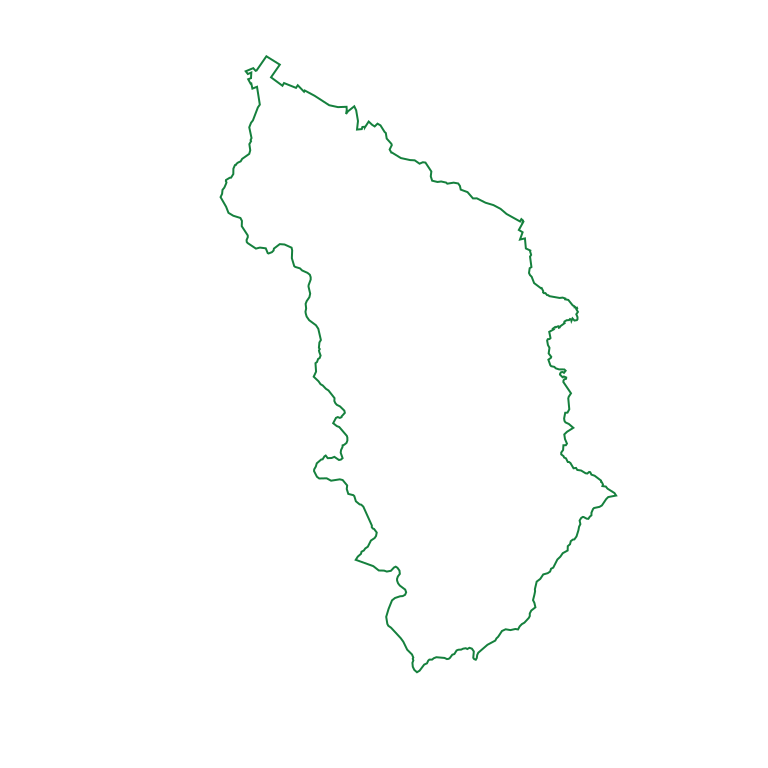 Zagon, Covasna, Romania (Natural Earth projection), rotated 25°
{"feature_id": "2599482B29194502926702", "entity_name": "Zagon", "entity_type": "district", "adm_level": 2, "iso_a3": "ROU", "parent_name": "Romania", "parent_adm1": "Covasna", "projection": "natural_earth1", "projection_center": [26.202, 45.704], "detail": "fine", "context": "isolated", "style": "outline", "palette": "green", "viewbox_px": 768, "rotation_deg": 25, "n_neighbors": 0, "source": "geoboundaries", "source_scale": "gbopen_adm2", "svg_char_len": 6153}
<svg xmlns="http://www.w3.org/2000/svg" viewBox="0 0 768 768"><g transform="rotate(25 384 384)"><path d="M354.5,441.0L359.0,442.1L361.6,441.9L372.2,446.7L373.4,448.0L374.7,450.7L374.9,453.3L373.6,455.9L372.4,457.1L373.0,458.4L373.0,462.1L373.8,464.6L377.8,468.7L376.9,470.7L375.3,471.9L369.8,471.0L367.8,473.2L364.3,475.0L361.4,473.5L360.6,474.8L360.2,478.2L359.0,479.0L356.6,484.3L357.1,487.7L356.8,490.8L357.4,492.5L362.4,496.4L365.2,497.0L371.9,493.7L376.9,494.0L384.2,489.1L387.1,488.5L393.5,491.5L394.6,494.9L398.1,498.7L403.2,497.7L404.5,498.2L408.1,502.2L412.8,503.4L414.4,503.0L417.1,503.9L432.8,517.4L433.4,518.9L434.9,519.7L436.3,519.6L440.2,521.7L441.0,525.1L440.6,527.6L438.3,531.4L438.1,538.3L436.5,541.0L436.1,543.4L434.5,545.5L434.9,547.7L433.2,551.5L432.7,555.3L451.3,553.6L458.1,555.2L462.9,553.1L465.8,552.8L469.2,550.4L470.6,546.1L471.8,544.6L473.9,544.9L476.9,546.6L478.6,549.4L477.9,552.6L478.2,555.2L479.0,556.7L481.0,558.7L483.5,560.0L490.1,561.4L492.1,563.4L492.2,566.1L490.6,568.3L488.3,569.6L484.4,573.3L482.7,576.7L483.2,585.9L484.4,594.1L488.4,600.0L490.1,601.3L493.4,601.9L506.6,607.3L510.4,609.4L517.3,615.0L523.7,617.3L526.2,619.6L526.2,620.9L527.4,622.1L527.6,624.7L529.6,628.1L532.3,630.3L535.7,631.3L537.4,628.8L539.0,621.3L541.0,619.0L541.0,616.0L541.6,614.6L544.1,613.4L545.0,611.5L546.9,609.5L554.6,606.7L557.3,606.7L558.8,605.7L559.5,604.4L560.3,600.5L561.9,599.0L562.4,594.8L563.7,593.4L566.2,592.1L567.6,590.4L569.8,588.9L571.5,589.0L572.9,587.0L575.5,586.7L578.4,588.4L580.6,594.4L582.0,595.2L583.7,595.1L583.9,593.2L583.0,590.2L583.0,587.7L588.0,576.6L593.3,569.5L593.4,567.1L594.3,564.8L595.3,558.0L597.9,554.9L602.6,553.6L606.6,550.5L609.2,549.8L609.4,546.3L610.4,543.4L612.1,541.0L614.1,534.8L614.2,532.7L613.1,530.4L613.2,527.1L615.6,522.4L612.8,518.8L610.4,516.9L609.4,511.6L608.5,507.9L607.5,506.3L605.9,498.6L608.0,494.6L608.8,489.3L612.3,486.3L613.8,483.8L613.5,480.8L615.0,478.9L615.3,469.8L616.8,466.0L617.5,461.8L620.8,457.3L619.1,453.3L620.3,450.6L619.7,447.5L620.9,445.2L622.2,444.4L622.9,440.8L622.0,434.3L621.1,430.9L621.2,428.0L619.0,425.1L619.3,422.2L620.3,420.5L621.1,420.2L624.6,420.4L626.2,419.8L626.6,417.2L627.5,415.4L626.4,412.9L626.3,408.9L626.8,407.6L631.2,404.3L632.8,402.0L634.0,394.4L635.0,391.7L641.5,387.0L638.9,385.4L630.8,384.4L628.4,383.2L625.1,384.2L624.9,382.5L622.9,380.9L622.1,381.0L621.5,379.8L613.6,378.1L610.3,378.5L608.2,376.8L607.1,377.0L606.1,379.2L604.4,379.7L599.2,379.1L595.5,380.2L593.5,378.9L591.4,380.3L586.3,376.8L584.6,376.5L583.5,377.0L580.4,374.5L578.3,374.5L577.2,373.5L574.4,372.9L573.6,371.2L574.2,368.1L572.5,363.7L574.7,362.6L575.0,360.7L571.3,357.4L568.7,353.5L570.1,349.9L574.1,343.7L568.4,342.1L564.7,342.1L563.2,341.2L561.8,339.1L560.4,333.5L562.4,332.4L562.6,328.6L557.1,319.2L556.8,317.5L557.4,313.4L545.7,306.4L545.2,304.9L545.4,303.6L546.8,302.3L546.4,301.1L543.9,301.2L543.0,302.4L539.5,301.1L539.2,300.0L539.6,298.4L540.9,297.6L542.4,297.8L543.0,295.2L541.3,294.6L536.4,296.8L533.1,297.2L531.1,296.5L528.0,297.2L526.8,296.7L522.7,292.5L524.2,289.7L524.1,288.7L520.3,286.7L518.7,281.3L516.1,279.4L513.5,275.7L513.5,274.2L515.0,273.3L515.5,272.0L511.7,266.9L514.7,262.8L513.7,262.4L515.0,260.1L515.4,260.3L517.5,258.0L518.3,258.1L518.8,259.0L519.3,258.5L519.4,257.1L522.0,252.5L521.2,251.9L521.2,251.0L522.6,249.0L524.7,247.9L525.1,246.5L526.3,246.5L527.2,247.6L527.1,244.9L529.8,246.0L531.8,244.6L532.0,243.6L531.1,241.6L528.8,239.5L529.3,236.7L526.9,235.1L527.2,233.9L526.7,233.4L526.1,234.3L525.0,233.5L524.3,234.0L523.6,233.1L521.8,233.0L515.5,229.9L512.4,230.7L512.2,229.9L509.4,230.2L506.8,231.8L496.7,234.5L495.5,234.1L494.2,234.5L491.9,233.4L490.5,234.1L489.4,233.7L489.1,232.6L486.3,230.4L485.8,230.9L477.4,229.1L472.5,224.4L470.3,223.6L468.5,222.1L467.1,217.5L468.2,215.7L462.5,206.8L462.8,204.8L460.3,202.0L460.2,201.2L455.3,201.2L450.2,192.5L446.2,195.6L445.5,187.9L441.1,187.4L441.7,178.7L441.2,179.0L440.9,177.1L438.8,176.5L438.6,179.2L423.2,178.1L415.6,176.0L407.6,175.6L399.4,176.8L389.7,176.5L386.2,178.2L378.6,174.8L371.4,175.4L369.1,172.4L366.5,170.9L362.0,172.1L356.7,175.7L355.2,175.2L350.2,176.3L347.1,178.3L341.7,179.4L338.6,176.0L337.1,171.4L328.0,165.8L325.5,166.6L323.1,169.3L317.3,168.3L313.1,170.0L303.8,172.1L293.4,170.9L292.9,171.2L290.0,169.1L290.1,164.2L289.2,163.2L282.7,160.4L279.6,155.8L278.0,155.3L271.5,151.1L268.1,150.8L266.7,154.5L263.7,154.1L259.2,152.6L258.2,159.7L257.8,159.0L255.8,160.2L256.1,162.4L252.0,164.8L249.3,156.7L243.1,147.7L239.7,144.9L236.1,152.1L235.5,155.3L234.4,151.3L232.9,148.6L225.3,152.5L216.5,154.5L199.2,152.1L188.1,151.5L188.0,152.9L179.6,149.7L179.1,152.8L166.2,153.5L165.9,156.6L152.0,153.8L154.6,138.6L138.9,136.7L136.0,153.7L135.3,154.4L132.0,153.0L126.5,159.0L129.6,160.6L132.1,157.8L134.2,163.0L132.1,165.2L136.2,168.2L136.7,167.7L139.9,171.9L143.3,168.3L153.4,183.3L152.8,186.6L153.8,200.5L153.1,203.4L153.4,208.3L160.0,217.1L160.0,219.3L160.9,220.1L160.6,223.5L164.0,228.7L164.6,232.4L160.3,239.9L160.0,242.8L158.2,244.9L157.3,246.6L157.2,248.0L156.4,248.6L156.5,252.5L158.7,257.4L158.2,261.6L157.0,262.3L154.6,265.9L154.9,266.9L156.0,267.8L156.2,269.1L156.3,273.5L155.6,276.3L156.9,280.1L156.9,283.7L166.0,290.1L170.7,294.6L176.3,295.2L183.7,294.2L186.3,296.2L188.4,301.1L197.7,306.9L198.5,308.5L198.6,311.6L199.6,313.3L200.9,313.9L210.7,315.4L213.9,312.8L219.5,311.0L223.3,314.5L224.2,314.5L226.7,311.9L227.5,309.7L227.0,307.8L230.4,301.3L234.9,299.6L242.6,299.5L244.3,301.7L247.3,308.9L252.8,315.1L254.1,315.4L259.0,314.7L261.8,315.7L267.7,315.6L270.6,316.3L272.4,318.2L273.4,320.3L273.9,326.3L274.4,327.6L278.9,333.3L279.7,336.8L278.9,341.6L279.1,344.5L281.5,348.4L282.3,351.7L283.3,353.2L285.4,355.6L289.2,357.8L297.5,359.5L301.1,361.7L308.2,370.8L307.9,373.6L309.7,378.7L311.0,379.5L310.9,381.1L311.7,382.2L314.5,385.0L314.7,387.7L313.7,389.2L314.0,392.3L313.1,394.1L317.2,401.5L317.2,407.1L323.5,409.2L326.6,411.0L329.1,411.2L333.4,412.9L336.4,413.3L345.1,417.7L346.2,420.4L348.0,421.9L350.0,422.8L353.6,422.9L359.3,424.9L360.7,426.7L359.3,431.2L359.5,432.0L358.3,433.4L356.1,433.5L354.8,435.0L354.5,441.0Z" fill="none" stroke="#15803d" stroke-width="2"/></g></svg>